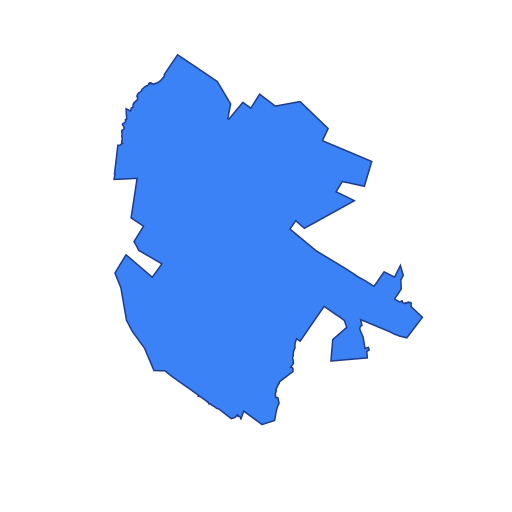 Gran Morelos, Chihuahua, Mexico (Albers equal-area conic projection), rotated 203°
{"feature_id": "50627088B37419828791353", "entity_name": "Gran Morelos", "entity_type": "district", "adm_level": 2, "iso_a3": "MEX", "parent_name": "Mexico", "parent_adm1": "Chihuahua", "projection": "albers", "projection_center": [-106.583, 28.304], "detail": "fine", "context": "isolated", "style": "filled", "palette": "blue", "viewbox_px": 512, "rotation_deg": 203, "n_neighbors": 0, "source": "geoboundaries", "source_scale": "gbopen_adm2", "svg_char_len": 5922}
<svg xmlns="http://www.w3.org/2000/svg" viewBox="0 0 512 512"><g transform="rotate(203 256 256)"><path d="M176.9,163.8L176.9,164.1L177.1,164.6L177.6,166.1L177.8,166.5L178.1,166.9L178.4,167.1L178.7,167.3L179.0,167.4L179.5,167.4L180.0,167.4L180.4,167.3L180.7,167.1L180.8,167.1L180.8,167.4L180.4,168.3L180.1,169.7L179.6,171.3L179.6,171.7L179.7,172.0L180.4,173.3L180.8,174.2L180.9,174.5L181.2,174.8L181.7,175.3L182.1,175.7L182.4,176.0L182.5,176.3L182.6,177.3L182.7,178.3L182.7,178.7L183.1,179.6L183.3,180.1L184.0,182.3L184.1,182.7L184.2,182.9L184.2,183.5L184.2,186.2L184.2,186.7L184.3,187.0L184.9,188.1L185.2,188.6L185.3,189.0L185.5,189.6L185.6,190.1L185.8,190.6L185.8,191.0L186.0,192.1L186.1,193.1L186.2,193.7L186.3,194.4L186.2,195.7L182.1,194.8L178.9,210.8L175.7,226.1L173.6,236.2L159.2,233.2L156.6,232.9L149.4,231.1L144.6,225.8L152.7,209.1L146.0,188.6L113.7,205.7L116.7,211.4L115.1,213.8L116.8,215.8L119.5,213.5L125.8,223.3L132.1,229.4L132.5,232.0L131.3,233.5L134.8,238.3L132.7,238.3L120.1,238.4L107.6,238.5L102.5,238.5L97.6,238.1L96.7,238.2L95.9,238.3L94.7,238.4L93.2,238.3L92.2,238.4L90.7,238.7L85.2,239.6L78.9,264.6L92.6,269.7L92.9,269.8L93.1,269.8L93.4,269.8L93.5,269.8L93.6,270.5L93.8,270.9L93.9,271.1L94.3,272.0L94.4,272.5L94.4,272.9L94.6,273.2L95.2,273.5L95.8,273.6L96.3,273.4L96.6,273.0L96.8,272.8L97.2,272.8L97.5,273.1L97.9,273.1L98.0,272.8L98.0,272.5L98.0,272.3L98.0,272.2L98.3,272.2L98.6,272.2L98.8,272.1L99.0,271.9L99.0,271.7L99.3,271.6L99.6,271.6L99.9,271.5L100.0,271.4L100.0,271.2L99.9,270.9L100.0,270.7L100.2,270.4L100.7,270.5L101.0,270.5L101.4,270.4L101.8,270.4L102.1,270.3L102.3,270.2L102.7,270.3L102.9,270.5L103.5,271.3L103.6,271.6L103.8,271.8L104.0,271.8L104.2,271.7L104.6,271.4L105.0,270.7L105.5,270.1L105.9,269.8L110.2,270.3L111.0,270.3L111.4,270.6L111.6,271.1L111.3,272.3L109.4,282.3L113.3,290.5L112.9,295.8L119.4,303.7L120.2,290.7L131.9,291.5L134.1,281.3L134.1,280.4L135.6,274.2L146.9,276.0L154.6,276.8L155.5,277.0L156.9,277.4L158.1,277.6L161.3,278.1L169.2,279.5L202.6,284.3L217.1,288.6L235.3,294.1L233.2,304.0L222.3,300.4L187.1,345.3L207.4,346.4L205.6,358.3L183.5,362.5L186.4,388.2L239.9,388.1L239.4,400.2L239.4,401.5L275.8,415.4L296.8,401.5L315.9,406.4L318.5,390.1L328.1,392.3L334.5,371.2L335.7,371.6L337.5,380.0L338.7,386.0L359.8,401.5L406.8,410.6L411.4,386.9L411.0,386.6L410.8,386.1L410.6,385.7L410.7,385.3L410.9,384.5L411.1,384.2L411.3,383.6L411.5,383.1L411.8,381.9L412.3,380.5L412.7,379.6L413.1,378.9L413.6,378.2L414.4,376.9L414.7,376.6L415.2,376.2L415.8,375.8L416.1,375.6L416.2,375.2L416.5,374.9L416.9,374.7L417.1,374.4L417.3,374.1L417.5,374.0L418.0,374.2L418.2,374.3L418.5,374.2L419.1,373.6L419.4,373.5L419.5,373.5L419.7,373.9L419.8,374.1L420.0,374.2L420.2,374.3L420.4,374.4L420.5,374.4L420.8,374.3L421.0,374.2L421.3,374.1L421.6,373.8L421.6,373.5L421.6,373.2L421.8,373.0L422.0,372.8L422.0,372.6L421.8,372.5L421.6,372.4L422.4,370.6L423.4,369.8L423.6,369.5L423.8,369.2L424.6,368.1L425.0,367.1L425.2,366.7L425.3,366.4L425.5,366.1L426.0,364.9L426.2,362.5L426.8,361.5L427.2,361.0L427.5,360.6L427.9,359.9L428.1,359.0L428.1,358.3L428.2,357.9L428.2,357.5L428.1,357.1L428.1,356.6L427.8,356.1L426.8,355.5L426.6,355.2L426.3,354.7L426.3,354.4L426.4,354.1L426.6,353.7L426.5,353.2L426.5,352.8L426.6,352.4L426.9,351.9L427.4,351.5L427.6,350.1L428.0,349.5L428.3,349.2L428.3,348.8L428.1,348.7L428.4,348.1L427.4,344.6L428.2,343.9L428.6,343.6L428.2,340.4L433.1,340.8L430.5,335.3L428.5,331.8L429.0,331.0L429.5,330.6L429.5,330.1L429.1,329.7L428.8,329.5L428.6,328.2L429.0,327.5L429.5,326.7L430.1,326.2L430.4,325.5L430.3,324.9L429.8,324.5L429.4,324.2L429.0,323.9L428.3,323.3L427.6,322.7L427.3,322.2L427.2,321.7L427.3,321.2L427.5,320.5L428.1,320.0L428.4,319.5L428.5,318.7L428.1,317.9L427.8,317.4L427.5,316.9L427.2,316.4L426.7,315.4L426.6,314.5L426.4,313.8L426.0,313.2L425.5,312.6L424.9,311.6L424.5,309.7L424.4,308.9L424.2,308.5L424.1,308.2L422.9,307.5L423.6,307.0L424.2,305.1L425.3,304.5L426.4,304.0L425.3,300.0L421.9,288.5L421.2,286.1L418.4,276.3L417.8,276.4L416.6,271.0L395.8,281.0L385.9,242.3L371.2,239.5L373.9,221.6L368.7,217.6L366.0,215.3L339.5,212.0L343.2,195.9L367.5,203.6L376.1,206.3L379.2,185.2L367.9,173.9L350.2,146.3L340.0,138.0L322.6,127.6L305.2,110.7L294.7,114.8L289.2,113.0L288.6,112.9L288.0,112.8L285.8,112.2L285.0,112.0L283.5,111.6L283.1,111.6L282.7,111.6L278.4,110.5L273.9,109.6L270.8,108.9L269.0,108.5L268.5,108.5L254.9,105.4L254.6,105.2L254.5,104.9L254.4,104.8L254.4,104.6L254.4,104.3L254.2,104.3L254.1,104.5L253.8,105.0L253.7,105.0L253.4,104.9L253.3,104.7L253.1,104.7L252.8,104.7L252.0,104.7L243.8,102.9L243.5,102.8L243.5,102.6L243.4,102.6L243.2,102.7L242.8,102.6L242.3,102.1L241.9,101.7L241.4,101.4L241.1,101.4L240.9,101.6L240.7,101.8L240.4,101.9L240.0,102.0L239.6,101.9L239.2,101.7L238.5,101.4L238.2,101.4L237.7,101.5L237.5,101.4L236.9,101.3L235.0,101.0L233.3,100.5L232.6,100.4L231.7,100.5L231.1,100.7L230.6,100.7L215.2,96.6L212.2,99.2L211.9,99.9L211.7,100.7L211.5,101.2L211.3,101.8L211.2,102.4L211.1,102.6L210.6,102.4L210.3,102.0L210.1,101.5L209.9,101.4L209.7,101.5L209.3,101.8L209.0,101.7L208.4,101.7L207.9,101.6L207.4,101.5L207.1,101.1L206.9,100.8L206.6,100.4L206.5,100.1L206.2,100.1L206.7,108.4L184.6,103.2L174.6,111.9L176.8,121.4L177.1,123.8L177.3,125.5L177.3,127.6L177.2,128.9L177.2,129.4L177.5,129.9L178.0,130.6L178.5,131.3L179.2,132.1L179.7,133.1L180.2,133.8L180.6,134.1L181.0,134.0L181.5,133.6L181.7,133.4L182.0,133.4L182.3,133.5L182.4,133.8L182.9,134.4L183.2,134.6L183.4,134.7L183.6,134.8L183.8,135.0L183.8,135.4L183.8,135.7L183.9,136.1L184.6,137.3L184.6,137.5L184.5,138.2L184.6,138.6L184.7,139.0L184.8,139.1L184.9,139.3L184.6,139.7L184.6,139.8L184.7,140.0L184.9,140.0L185.1,140.1L185.3,140.2L185.4,140.4L185.4,140.6L185.4,141.4L185.4,142.2L185.4,142.6L185.3,143.0L185.3,144.6L185.3,145.5L185.5,145.9L185.4,146.4L185.3,146.7L185.1,147.0L184.9,147.4L184.9,147.9L185.1,148.5L185.3,148.8L185.3,149.2L179.1,160.2L176.9,163.8Z" fill="#3b82f6" stroke="#1e3a8a" stroke-width="1.5"/></g></svg>